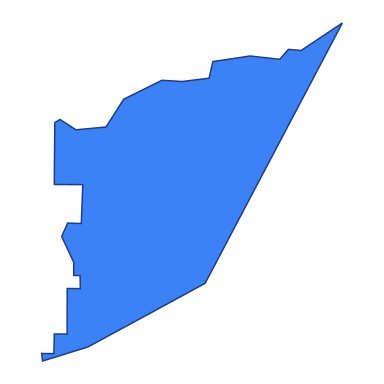 outline of Storey, Nevada, United States of America
{"feature_id": "52423323B43012688186735", "entity_name": "Storey", "entity_type": "district", "adm_level": 2, "iso_a3": "USA", "parent_name": "United States of America", "parent_adm1": "Nevada", "projection": "orthographic", "projection_center": [-119.576, 39.439], "detail": "fine", "context": "isolated", "style": "filled", "palette": "blue", "viewbox_px": 384, "rotation_deg": 0, "n_neighbors": 0, "source": "geoboundaries", "source_scale": "gbopen_adm2", "svg_char_len": 520}
<svg xmlns="http://www.w3.org/2000/svg" viewBox="0 0 384 384"><path d="M339.7,28.0L342.3,23.0L301.1,50.5L288.4,49.4L279.7,59.3L250.0,56.0L212.9,61.6L209.1,78.2L182.1,81.5L161.9,80.3L123.7,99.2L106.0,127.0L76.0,129.8L59.9,119.4L54.8,122.7L54.3,180.0L54.4,184.5L82.8,184.6L81.3,223.5L67.6,223.1L61.7,236.5L73.7,262.3L73.7,275.4L80.1,275.6L80.3,288.6L67.2,288.5L67.1,334.1L54.3,334.0L53.9,353.6L41.7,353.5L42.6,361.0L88.0,346.9L150.5,313.0L205.1,283.3L339.7,28.0Z" fill="#3b82f6" stroke="#1e3a8a" stroke-width="1.5"/></svg>